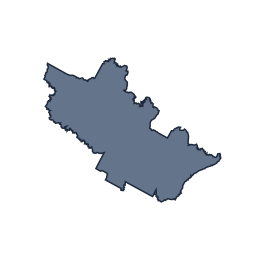 the district of Corangamite, Victoria, Australia, rotated 290°
{"feature_id": "25037944B62573329843514", "entity_name": "Corangamite", "entity_type": "district", "adm_level": 2, "iso_a3": "AUS", "parent_name": "Australia", "parent_adm1": "Victoria", "projection": "robinson", "projection_center": [143.247, -38.216], "detail": "fine", "context": "isolated", "style": "filled", "palette": "slate", "viewbox_px": 256, "rotation_deg": 290, "n_neighbors": 0, "source": "geoboundaries", "source_scale": "gbopen_adm2", "svg_char_len": 5849}
<svg xmlns="http://www.w3.org/2000/svg" viewBox="0 0 256 256"><g transform="rotate(290 128 128)"><path d="M109.2,60.9L109.2,61.7L108.7,62.0L109.4,62.7L108.3,62.6L108.3,63.9L106.1,64.9L105.9,65.9L105.4,66.2L105.9,67.8L105.7,68.8L106.5,68.9L106.8,68.4L107.3,69.0L107.7,68.5L108.5,69.6L106.8,68.9L105.9,69.9L104.6,70.1L105.5,71.5L104.4,71.8L105.4,72.2L105.8,73.6L106.1,73.9L107.3,73.2L108.0,73.8L106.0,76.4L106.5,76.9L104.6,77.7L105.1,78.3L104.8,79.2L105.3,79.4L105.9,80.9L104.9,81.5L105.0,82.1L104.1,82.6L103.9,83.2L102.6,83.5L102.0,83.0L101.4,83.7L101.5,85.5L100.7,85.8L100.2,86.8L101.1,87.5L100.1,88.2L100.0,87.7L99.9,88.3L99.2,88.6L99.4,89.5L101.2,90.1L100.8,90.7L101.2,91.0L100.3,91.7L100.4,92.3L98.4,92.6L99.1,93.5L98.5,94.2L98.9,94.7L98.3,94.6L98.4,95.2L98.8,95.2L98.5,96.0L99.1,96.0L98.9,96.4L97.8,96.3L96.8,97.0L97.2,97.6L95.9,98.1L96.1,99.4L97.7,100.3L94.9,102.4L93.9,102.6L92.8,104.1L93.3,104.8L92.9,105.6L93.5,106.6L94.1,106.8L94.6,107.9L94.3,109.6L94.8,110.3L94.8,111.4L96.7,114.0L78.9,111.7L78.0,116.9L78.6,117.4L79.1,119.1L78.2,124.2L73.5,124.9L71.5,124.6L68.8,142.2L67.2,142.5L67.3,144.0L67.7,145.0L68.2,144.6L69.0,145.3L70.0,144.2L70.8,145.0L71.9,143.8L73.4,143.8L73.3,144.8L76.6,143.8L72.0,174.5L75.0,175.3L75.1,174.9L79.5,175.5L76.6,176.8L74.9,176.6L74.6,177.7L73.5,177.8L73.6,178.6L72.8,179.0L73.1,179.9L71.3,180.0L71.0,181.0L70.1,181.2L70.6,182.3L69.9,184.5L72.0,186.6L72.9,186.8L72.8,187.9L75.2,189.6L75.4,192.3L76.3,194.8L77.4,195.5L76.7,196.9L79.9,197.3L81.7,198.8L82.5,198.3L82.7,198.9L83.9,199.1L84.2,199.5L83.9,199.6L84.9,200.2L85.0,199.3L86.0,199.7L86.5,198.9L90.4,199.8L92.2,199.2L96.0,199.6L97.1,199.9L98.2,201.0L99.3,201.0L99.9,202.3L100.3,202.0L102.0,202.7L102.4,203.3L101.9,203.8L102.7,203.4L103.4,203.8L104.1,203.6L103.8,203.9L104.3,203.7L104.3,204.1L104.9,203.9L105.7,204.4L105.6,204.9L107.7,205.6L109.0,207.1L111.8,208.9L116.3,214.1L117.7,214.9L120.8,218.9L121.4,218.9L121.5,220.0L122.3,220.2L122.4,220.7L125.1,223.2L127.1,223.7L127.6,224.6L129.9,224.9L131.5,225.7L131.2,225.3L132.4,225.1L132.6,224.0L134.4,224.0L134.4,223.3L135.4,223.0L134.4,221.2L131.3,221.2L130.4,220.3L130.2,219.2L130.6,218.4L130.2,217.7L130.9,217.0L131.4,215.2L130.6,214.4L131.0,213.6L129.9,212.7L130.2,212.1L129.6,210.9L131.3,210.6L130.4,210.0L130.6,209.0L132.3,208.6L131.8,207.4L133.1,206.9L133.3,205.7L134.3,204.9L133.7,203.9L132.4,203.6L132.9,203.0L131.8,202.2L132.2,201.9L131.9,201.2L132.7,201.1L132.3,200.4L133.3,200.2L133.1,199.4L134.4,199.6L136.2,198.0L134.6,196.2L134.2,193.2L132.5,190.7L133.6,190.9L134.1,189.6L140.5,187.9L144.3,185.6L144.2,184.9L145.7,183.1L146.3,181.5L144.7,180.9L143.7,177.5L144.9,176.7L146.6,177.1L146.2,175.2L142.9,172.0L140.7,171.4L140.3,169.8L132.1,168.5L133.8,157.5L134.3,156.8L134.3,154.9L134.7,154.7L134.9,152.3L134.2,152.1L133.8,151.0L135.1,149.7L135.3,148.3L136.8,148.3L140.7,147.0L143.2,147.3L146.3,149.8L150.4,150.6L151.4,151.4L154.9,151.3L155.1,149.8L155.8,149.5L156.7,147.9L156.9,145.5L156.0,145.1L156.2,144.3L159.4,143.2L159.9,142.0L159.3,141.3L160.0,141.3L160.6,140.2L159.9,139.8L161.4,140.0L161.6,139.2L162.0,139.5L162.7,139.0L163.0,138.6L162.7,138.4L163.6,137.8L163.7,136.4L163.1,134.7L162.5,134.3L161.2,135.4L161.2,134.4L160.4,134.4L160.3,134.1L158.2,134.8L157.5,134.4L157.0,133.9L158.3,133.8L158.6,134.1L158.4,133.4L158.7,133.3L157.5,132.9L157.8,132.5L157.5,132.1L156.6,132.4L157.0,131.3L155.1,131.9L155.1,132.6L155.9,133.0L155.7,133.7L153.9,134.3L154.2,133.5L153.2,133.5L153.2,132.7L152.6,132.3L153.2,132.2L152.9,131.3L153.8,131.3L154.8,129.6L153.7,127.9L154.3,127.0L153.2,125.4L154.3,125.2L155.5,124.0L155.7,124.4L156.5,124.2L157.0,123.6L156.8,123.0L157.2,122.9L157.9,123.7L158.4,123.5L158.3,124.0L159.0,124.8L159.7,124.8L160.4,124.1L159.9,123.6L161.9,121.9L162.7,118.8L162.1,117.0L161.1,116.3L161.5,115.5L161.1,113.8L161.7,112.8L161.5,112.4L161.7,111.4L162.4,111.4L162.4,112.5L162.9,113.0L164.7,113.3L166.1,112.7L167.8,112.9L168.7,112.0L169.9,112.1L171.0,111.4L172.1,109.0L173.8,107.9L176.8,107.8L177.3,108.9L179.9,109.1L180.7,108.6L180.8,107.9L181.3,108.2L181.1,106.6L184.1,106.7L185.7,105.8L185.7,103.6L182.9,100.8L183.5,99.7L182.5,99.5L182.5,98.3L182.9,97.5L182.4,96.3L183.0,95.8L183.5,96.9L183.9,95.5L184.5,96.1L185.0,95.0L185.1,93.4L184.7,93.0L185.4,93.0L185.5,92.3L188.0,92.4L188.8,92.1L188.8,91.4L188.1,91.2L188.4,90.0L187.4,88.7L187.5,87.9L186.2,87.4L186.0,86.8L185.6,87.6L185.0,86.8L183.8,86.9L183.7,86.4L184.2,86.3L183.9,85.2L183.4,85.1L183.6,84.0L183.0,83.9L182.2,82.8L180.3,83.5L179.7,82.2L163.3,79.7L162.9,79.2L163.5,78.1L162.9,76.8L162.3,76.7L159.8,74.2L159.1,73.9L158.6,74.4L158.0,73.6L158.7,71.9L158.2,70.0L159.4,68.6L159.4,67.9L157.6,65.4L158.2,64.0L157.8,63.1L158.1,62.7L157.7,62.3L158.3,61.9L158.7,58.8L158.5,57.3L157.7,56.1L157.7,52.4L161.2,30.3L159.4,30.7L158.5,32.1L156.5,32.5L155.6,31.9L153.6,32.8L152.5,32.7L152.3,32.0L151.6,31.9L149.7,32.2L148.9,31.9L147.9,32.6L145.1,32.3L144.7,35.1L143.1,36.6L143.6,37.3L143.2,37.3L143.4,37.7L143.0,38.0L143.4,39.0L143.0,39.4L142.1,39.0L141.7,39.7L141.2,39.2L140.3,39.6L141.2,40.1L140.5,40.5L141.3,40.9L140.6,42.5L140.0,42.4L140.3,43.6L140.9,43.8L139.6,43.7L139.8,44.2L140.4,44.1L140.6,45.1L139.6,45.4L139.6,45.9L138.4,46.0L137.9,47.4L137.6,46.9L135.1,47.6L134.8,47.0L134.0,47.3L133.2,46.8L133.4,46.2L132.9,46.1L133.1,45.5L132.0,44.3L132.5,43.3L130.8,43.1L130.9,43.6L129.9,44.2L130.0,45.0L129.5,44.9L128.9,45.7L128.2,44.8L127.4,44.9L127.8,45.1L127.5,45.6L126.7,45.4L126.4,44.0L125.3,44.1L125.0,43.5L123.0,43.9L120.0,43.0L119.1,45.1L118.2,45.2L118.6,46.3L118.1,46.2L118.3,46.9L117.8,47.1L117.8,48.9L117.1,48.3L115.5,48.3L115.0,49.5L113.7,49.9L113.3,50.4L113.6,50.8L112.9,51.4L112.1,51.5L110.7,50.5L109.6,51.2L109.2,53.1L109.8,53.8L109.6,55.2L108.6,55.9L108.2,56.7L108.5,57.6L108.0,57.6L107.7,58.3L109.2,60.9ZM102.9,204.1L103.4,204.0L103.5,203.9L103.2,203.9L102.9,204.1Z" fill="#64748b" stroke="#1e293b" stroke-width="1.5"/></g></svg>